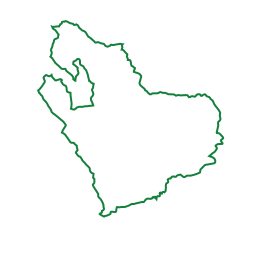 outline of Tam Duong, Lai Chau, Vietnam, rotated 12°
{"feature_id": "81297802B8345144496926", "entity_name": "Tam Duong", "entity_type": "district", "adm_level": 2, "iso_a3": "VNM", "parent_name": "Vietnam", "parent_adm1": "Lai Chau", "projection": "mercator", "projection_center": [103.573, 22.33], "detail": "fine", "context": "isolated", "style": "outline", "palette": "green", "viewbox_px": 256, "rotation_deg": 12, "n_neighbors": 0, "source": "geoboundaries", "source_scale": "gbopen_adm2", "svg_char_len": 5659}
<svg xmlns="http://www.w3.org/2000/svg" viewBox="0 0 256 256"><g transform="rotate(12 128 128)"><path d="M105.4,47.2L102.7,47.3L96.1,50.0L94.1,50.0L93.8,50.2L93.7,50.8L93.3,51.3L91.5,52.5L90.8,52.7L89.1,52.5L88.1,51.8L87.4,51.0L86.6,50.7L83.9,50.8L81.6,50.3L80.5,50.3L79.0,51.1L78.5,51.2L77.8,51.0L77.0,50.3L72.8,47.9L69.9,46.7L66.7,43.2L66.0,42.8L65.0,42.4L62.6,42.0L61.3,41.1L59.6,40.3L57.6,38.0L55.9,37.4L54.6,38.2L53.7,38.4L53.3,38.0L52.2,37.5L49.4,37.5L46.6,36.6L44.9,36.4L44.5,36.5L43.6,37.3L42.7,37.3L41.4,38.1L41.4,39.6L40.1,40.7L40.1,41.4L39.4,42.7L39.4,43.0L37.8,43.3L33.4,44.8L32.8,44.7L33.8,46.2L34.4,46.6L36.7,47.5L40.8,51.2L40.6,52.2L40.7,53.8L40.6,54.4L39.9,55.1L38.3,56.1L37.8,56.7L37.4,57.7L37.5,59.6L37.0,61.5L37.0,64.7L36.4,67.0L36.6,68.1L37.6,69.8L37.9,71.2L37.5,74.0L37.3,74.4L39.2,75.4L43.6,79.6L47.0,81.5L50.5,83.7L51.2,83.9L53.0,83.6L53.9,83.2L54.5,83.2L55.4,84.5L56.1,85.1L58.6,86.4L59.9,86.9L62.2,88.2L63.1,88.9L64.0,90.1L64.3,90.6L64.3,91.6L66.2,92.7L66.7,92.7L66.4,90.0L66.4,88.7L66.7,87.8L68.0,85.7L68.1,84.4L66.3,80.9L66.4,79.9L66.3,79.5L63.0,77.7L61.1,76.9L60.9,74.9L60.9,74.4L61.4,74.0L63.1,72.7L64.1,71.1L65.0,70.8L65.6,70.8L66.1,71.0L66.9,71.8L67.7,74.9L68.1,75.8L68.8,76.2L71.3,76.9L71.8,77.3L72.9,78.7L74.8,80.0L75.3,80.6L77.3,83.7L80.3,90.1L80.8,90.0L82.1,91.0L84.2,91.9L84.9,91.7L85.2,91.8L85.4,96.2L84.9,97.4L84.9,98.4L86.8,101.2L87.0,102.9L86.8,103.7L85.6,106.0L85.6,107.1L85.9,108.1L88.5,111.7L89.3,113.2L82.8,115.4L81.3,115.7L79.8,116.5L78.2,117.0L77.0,117.1L75.6,117.5L73.9,118.5L72.1,120.7L71.5,121.1L70.4,121.3L68.2,121.0L68.2,118.8L67.7,115.6L65.2,108.5L64.4,105.5L62.6,105.5L61.4,105.3L60.6,104.7L60.4,104.4L59.6,101.6L58.9,100.4L58.3,99.7L56.7,99.4L55.4,98.8L53.5,97.0L53.0,96.3L53.0,95.8L53.4,95.2L53.4,94.9L52.9,94.5L51.8,94.3L51.2,94.5L47.7,96.4L46.9,96.5L43.3,93.9L42.6,93.0L42.2,92.0L41.3,93.1L40.8,93.6L40.0,93.8L39.0,93.7L37.1,93.2L36.8,93.3L35.2,95.3L35.0,96.5L36.9,99.4L36.9,100.7L35.0,105.5L33.4,108.6L32.3,109.9L33.7,112.0L34.2,112.4L34.8,112.6L35.9,113.8L36.9,114.2L37.5,114.7L39.4,117.6L41.8,119.1L43.8,120.9L45.8,123.4L46.7,124.1L48.3,125.6L49.2,126.8L49.9,128.1L50.4,128.5L51.7,129.3L53.7,130.1L63.4,135.2L66.5,137.9L66.6,138.3L66.6,138.6L64.7,143.9L64.3,146.2L65.8,146.6L67.8,147.5L72.0,151.3L74.6,153.9L76.0,154.2L77.9,153.8L78.2,153.9L79.4,154.9L81.6,156.0L82.0,157.6L83.3,160.1L82.1,162.5L82.2,163.1L84.9,165.5L85.8,165.9L87.1,166.1L87.7,166.5L89.5,168.3L90.2,169.3L93.0,171.1L94.1,172.1L98.4,174.8L99.0,175.7L99.5,177.2L100.2,178.3L101.1,179.1L102.1,179.6L103.8,179.9L104.2,183.9L105.8,185.0L105.9,186.3L106.3,187.3L106.4,188.7L106.2,189.4L105.5,190.3L105.4,190.7L105.7,191.4L106.6,192.6L112.6,198.7L113.1,201.1L113.6,201.7L115.8,203.1L116.7,204.0L118.3,205.8L120.0,208.3L120.5,210.5L121.2,211.6L121.3,212.4L121.2,212.9L120.8,213.6L119.7,214.6L119.7,215.0L120.0,215.9L119.9,216.3L118.4,217.6L118.2,218.0L119.3,218.6L122.9,219.6L123.0,219.3L123.5,219.0L125.4,218.2L128.3,216.1L128.6,215.7L128.7,214.8L128.5,214.0L128.7,213.6L129.6,213.2L132.7,212.9L133.3,212.7L133.7,211.9L133.5,209.3L133.5,207.8L133.7,207.6L136.0,207.4L138.1,206.6L140.6,206.1L141.7,205.7L145.0,203.7L147.3,201.6L149.7,201.1L151.0,200.3L156.2,197.9L156.8,197.4L158.5,197.3L159.1,196.8L159.8,195.0L161.0,193.5L162.2,192.9L165.0,192.6L166.2,191.8L166.4,190.8L167.0,190.2L167.4,190.2L167.8,190.7L168.1,190.7L168.5,190.3L168.7,189.7L169.1,189.6L169.5,189.9L169.9,190.1L170.0,190.4L169.8,190.9L170.6,191.6L170.5,189.6L170.7,189.0L171.4,188.4L172.8,188.3L173.2,187.9L173.1,186.5L172.5,185.2L172.7,184.8L173.1,184.5L173.8,185.0L174.7,185.2L174.8,185.0L174.7,184.1L175.5,183.3L176.2,183.1L177.0,183.3L177.8,181.9L177.9,181.5L177.6,180.0L177.6,178.8L177.0,176.8L176.9,175.3L177.1,174.2L178.1,173.4L178.4,172.9L178.5,172.5L178.4,171.9L177.6,170.1L177.8,169.8L179.0,168.8L180.2,168.5L180.8,166.9L181.3,166.4L181.8,166.3L182.3,165.9L183.9,166.0L184.8,165.8L185.4,165.3L185.6,164.6L187.0,163.5L189.0,162.7L192.1,164.2L192.9,164.4L193.4,164.2L193.9,164.0L195.4,162.5L197.4,161.9L198.9,161.7L200.2,161.1L203.9,159.2L207.4,156.8L207.7,156.4L207.5,153.6L210.8,148.4L212.0,147.7L213.1,147.3L219.4,144.7L220.0,144.3L220.3,143.7L220.4,143.1L220.2,142.1L220.0,141.5L219.3,140.5L218.6,139.8L216.6,139.0L213.3,138.6L216.1,135.0L217.9,133.1L219.2,130.0L219.1,129.1L217.4,127.3L217.4,126.9L218.9,125.3L219.4,125.0L223.6,123.9L223.7,123.7L223.6,123.2L221.8,121.6L221.5,120.8L221.6,120.4L223.2,118.4L223.2,118.2L222.9,117.5L222.5,117.1L219.8,115.1L218.6,114.5L217.8,114.2L216.0,114.4L215.7,114.0L215.8,106.7L215.1,104.9L215.0,103.9L215.1,103.1L215.9,102.2L216.5,100.9L216.6,100.4L216.4,99.5L215.1,96.5L215.1,95.0L215.0,94.1L214.4,93.1L212.6,91.2L208.4,87.7L207.2,86.5L205.6,84.1L204.9,83.5L202.7,82.4L201.8,81.4L201.0,80.9L198.7,80.6L197.9,80.2L196.9,79.2L196.1,79.1L194.9,79.7L193.4,81.3L192.5,81.2L192.0,80.5L191.3,80.2L190.8,80.2L189.3,80.5L188.4,81.2L187.8,82.1L187.3,83.1L186.8,83.5L184.4,83.5L183.4,83.9L182.0,84.9L181.2,85.2L179.7,83.9L179.0,83.6L178.6,83.6L172.9,85.1L170.0,85.4L168.2,86.4L166.4,85.7L165.3,85.7L160.2,86.6L158.2,86.0L157.2,85.9L154.7,86.4L152.5,86.1L151.9,86.2L150.0,87.8L144.7,89.1L143.4,90.3L142.1,90.4L140.3,89.4L138.7,88.1L137.9,87.7L137.0,87.6L136.1,86.3L131.6,83.9L130.7,83.1L130.1,82.2L129.9,81.4L130.1,77.0L130.3,75.5L130.0,74.3L128.0,72.7L126.1,72.3L122.1,71.9L121.9,71.4L122.3,68.8L122.4,68.1L122.3,67.9L121.0,67.4L120.1,66.8L118.8,66.5L118.3,66.1L117.5,64.4L116.9,62.5L116.4,61.8L115.8,61.3L115.1,61.2L113.7,61.5L113.4,60.3L112.2,58.6L112.0,58.0L112.1,56.3L111.9,56.0L110.1,54.9L107.3,52.8L106.4,52.6L105.5,52.7L105.7,50.3L104.9,48.5L104.9,48.0L105.4,47.2Z" fill="none" stroke="#15803d" stroke-width="2"/></g></svg>